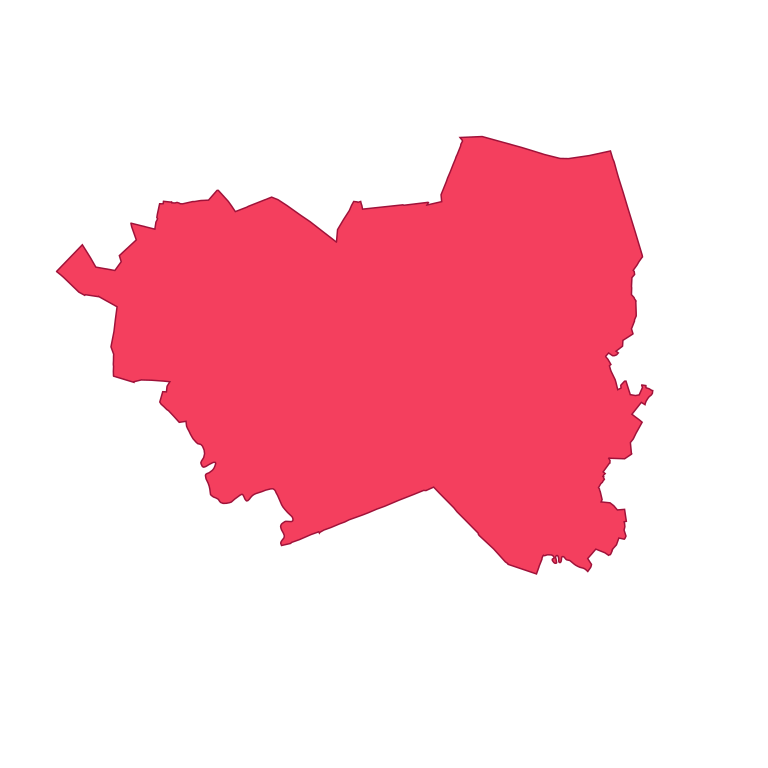 outline of Rikavas pag., Rezeknes, Latvia, rotated 344°
{"feature_id": "27541924B46765973494104", "entity_name": "Rikavas pag.", "entity_type": "district", "adm_level": 2, "iso_a3": "LVA", "parent_name": "Latvia", "parent_adm1": "Rezeknes", "projection": "albers", "projection_center": [27.008, 56.629], "detail": "fine", "context": "isolated", "style": "filled", "palette": "rose", "viewbox_px": 768, "rotation_deg": 344, "n_neighbors": 0, "source": "geoboundaries", "source_scale": "gbopen_adm2", "svg_char_len": 6111}
<svg xmlns="http://www.w3.org/2000/svg" viewBox="0 0 768 768"><g transform="rotate(344 384 384)"><path d="M100.3,185.7L103.4,190.1L105.4,193.2L116.0,211.6L120.8,216.3L121.4,215.9L121.7,215.9L133.7,221.4L133.8,221.2L148.7,236.2L143.8,247.4L138.9,259.1L132.0,272.6L131.8,273.1L132.3,280.3L132.4,280.7L131.6,283.0L130.4,287.0L129.4,289.9L129.1,291.0L128.9,292.5L127.3,297.3L126.2,301.7L126.3,302.0L144.1,313.5L144.3,312.9L152.3,313.2L152.4,313.4L161.6,316.3L172.8,320.4L178.8,322.8L175.1,326.1L174.6,326.9L172.7,331.6L169.2,330.4L163.5,339.5L164.2,342.0L166.0,344.8L168.2,348.7L169.5,350.2L173.0,357.0L176.6,364.4L183.4,365.3L182.6,370.1L182.7,371.1L182.9,372.7L183.5,375.3L184.1,378.9L184.7,381.5L185.4,384.1L187.3,388.1L188.5,390.0L191.0,391.4L191.6,392.1L192.4,393.8L192.9,397.9L192.3,401.6L190.4,405.0L187.2,407.9L186.2,409.3L186.2,410.8L186.6,413.1L187.4,414.1L188.7,414.3L190.4,414.1L193.5,413.2L198.2,412.3L200.0,412.7L200.3,413.2L200.3,414.1L199.1,415.9L197.8,417.6L196.5,418.8L195.1,419.7L191.4,421.1L189.2,421.3L188.1,421.6L187.5,422.1L187.1,422.9L186.8,426.1L187.6,430.7L187.8,434.0L187.6,437.0L186.8,442.3L187.2,443.4L188.9,445.6L190.8,447.0L192.6,448.7L193.1,449.6L193.7,451.6L194.4,452.9L196.4,454.4L199.4,455.2L202.8,455.5L204.7,455.4L208.7,453.5L214.9,451.2L216.4,450.9L217.1,450.9L217.6,451.3L218.0,452.2L218.3,453.8L218.6,456.3L219.3,458.0L219.7,458.5L220.9,458.6L222.9,457.6L224.4,456.4L226.7,455.0L228.8,454.3L230.8,454.0L237.0,453.8L241.0,453.4L246.2,453.6L248.3,454.1L249.2,455.0L249.7,455.8L250.1,457.0L250.3,458.8L251.0,461.8L251.4,464.8L252.3,471.8L253.0,474.5L254.1,477.1L255.9,480.9L258.9,486.0L259.2,487.1L259.3,488.1L259.2,489.0L259.0,489.5L258.6,490.3L258.0,490.6L256.9,490.7L252.3,489.1L251.4,488.9L250.6,489.0L248.2,489.8L246.9,490.4L246.0,491.3L245.4,492.3L245.2,494.0L245.3,495.9L246.1,499.3L246.3,500.9L246.4,502.0L246.1,503.0L245.7,503.9L245.3,504.4L242.7,506.3L241.8,507.1L241.2,507.8L240.8,508.9L241.0,511.0L250.3,511.5L251.5,510.8L259.7,510.3L272.5,508.6L280.4,508.1L280.7,508.7L280.8,509.5L281.5,508.9L286.0,507.8L293.6,507.3L302.7,506.2L308.3,505.8L313.1,504.9L327.1,504.0L333.6,503.4L342.4,502.3L351.0,501.7L366.6,499.8L381.6,498.4L392.8,497.2L395.0,498.0L403.3,496.8L406.3,502.5L406.8,503.5L417.0,522.2L419.0,527.0L424.7,537.3L424.8,537.5L433.4,553.3L433.3,554.5L433.7,555.8L443.9,572.7L451.6,588.4L453.5,590.8L453.5,591.5L478.2,608.6L482.6,602.5L482.6,602.3L487.5,596.0L487.7,595.4L488.1,594.6L489.6,592.8L490.1,592.6L490.3,593.0L490.7,593.2L491.4,593.3L493.7,593.2L494.3,593.3L497.7,594.4L498.8,595.3L499.3,596.2L499.6,597.3L499.5,598.0L499.2,598.4L497.9,598.6L497.5,598.8L497.2,599.6L497.3,600.4L498.1,602.5L499.0,603.5L500.1,603.7L500.7,603.4L500.9,601.4L501.1,600.2L501.1,598.3L501.2,597.8L501.3,597.4L501.8,596.9L502.4,596.6L502.9,596.5L503.4,596.7L503.8,597.4L503.9,599.2L503.6,600.9L503.1,602.2L503.2,603.6L503.6,604.0L504.0,604.2L504.3,604.1L504.8,603.9L505.3,603.4L506.1,601.9L506.6,600.4L507.3,599.3L507.7,599.1L508.5,599.2L509.0,599.5L509.5,600.2L510.6,602.7L511.2,603.4L513.8,604.8L514.2,605.2L517.1,609.5L518.3,611.0L519.9,612.6L521.8,614.2L524.7,615.9L525.9,616.9L527.3,618.8L528.0,620.1L528.2,620.4L531.8,617.5L532.5,616.8L533.7,614.8L533.7,614.4L533.3,613.3L531.7,607.9L537.2,604.4L542.1,601.1L549.8,607.1L552.7,610.6L553.5,610.3L554.5,610.4L555.4,609.6L557.3,607.3L557.2,607.0L558.2,606.0L558.1,605.8L563.1,602.7L567.3,596.8L572.2,599.4L573.0,598.9L574.7,596.9L574.5,590.6L576.2,587.6L576.8,584.5L576.8,582.7L579.1,582.8L580.7,570.8L573.6,569.4L571.3,564.3L568.5,560.5L560.2,557.2L561.8,555.2L562.2,547.0L562.0,545.4L562.2,544.3L561.6,542.8L564.9,539.6L566.9,538.6L567.6,537.8L569.6,536.3L569.2,534.6L569.7,533.6L569.0,533.2L570.0,532.1L571.9,531.1L570.4,528.9L579.2,522.0L579.4,522.1L580.2,519.7L579.5,517.4L579.9,517.2L581.5,517.9L594.7,522.2L602.7,519.6L602.9,519.1L602.7,518.9L604.7,508.2L608.5,505.5L612.5,501.0L621.6,491.9L619.3,488.5L616.3,484.6L614.0,481.4L626.3,472.6L629.2,475.8L629.8,474.7L631.1,472.9L633.6,470.6L635.4,469.3L638.0,468.2L639.4,467.0L640.5,464.4L639.7,464.0L637.5,461.6L634.9,459.9L634.8,459.7L635.3,457.7L631.6,456.0L631.3,456.5L631.5,457.8L631.4,458.7L626.3,464.8L622.5,464.4L617.8,462.1L617.4,447.9L616.0,447.6L611.5,450.3L611.2,450.7L610.8,453.1L610.6,453.3L607.1,453.9L607.4,446.8L607.4,443.6L605.8,434.4L605.7,432.9L605.7,428.8L605.8,428.5L607.5,427.8L606.1,422.1L604.9,419.4L604.7,418.6L605.1,418.2L608.5,416.1L611.0,419.2L611.7,419.9L613.4,420.3L615.6,420.1L617.8,418.7L616.1,416.4L623.7,413.4L623.8,413.2L625.7,407.9L637.1,404.5L637.2,404.3L637.1,399.1L638.1,397.9L642.2,392.5L642.4,391.5L643.8,389.8L645.2,388.1L646.0,385.2L648.9,373.6L649.1,373.6L649.1,373.4L648.3,371.2L648.2,369.8L646.5,366.3L648.6,359.8L648.8,358.4L651.2,351.4L651.6,350.1L655.1,347.8L655.5,344.9L654.9,343.4L660.0,339.4L662.9,336.6L666.8,333.5L667.5,333.1L667.7,331.4L667.4,307.2L666.9,281.9L666.7,265.7L666.3,250.2L666.3,244.8L666.4,236.7L666.4,233.6L666.0,230.6L665.9,222.4L644.2,221.0L623.5,218.2L615.4,215.7L601.6,207.7L590.2,200.2L581.4,194.5L546.6,173.2L525.0,168.0L525.4,169.1L526.1,170.4L526.4,171.6L526.4,172.2L524.0,174.7L523.2,176.4L517.6,183.6L516.0,185.4L514.5,187.6L510.9,192.1L506.1,198.4L502.0,203.4L499.6,206.8L491.0,217.8L489.7,224.6L474.7,223.8L476.7,221.8L476.3,221.5L452.6,217.7L452.3,217.6L451.6,217.0L411.6,210.0L411.9,206.4L411.8,204.4L411.9,202.1L409.0,202.2L408.5,201.6L405.2,200.2L402.0,203.4L398.5,207.7L390.6,214.6L381.9,222.8L377.5,234.3L377.3,234.4L357.7,207.6L350.6,199.1L340.0,185.8L333.0,177.7L327.5,173.4L302.7,175.8L300.9,176.2L288.6,177.3L286.5,170.7L284.6,165.4L278.1,152.2L277.6,152.0L276.8,151.9L272.3,154.8L266.0,158.9L258.3,157.1L252.2,156.4L250.4,155.9L240.0,155.3L237.7,154.5L237.3,153.9L235.1,152.4L233.0,152.4L229.9,151.3L230.0,150.4L229.0,150.3L222.4,147.6L221.9,148.5L221.9,149.0L221.5,149.8L220.3,149.6L218.0,148.9L213.0,158.2L211.5,161.4L211.9,162.7L211.2,163.6L209.4,165.5L206.4,172.0L185.2,159.7L185.0,159.9L184.8,163.5L185.6,177.2L165.0,187.6L165.1,194.0L156.6,200.7L139.2,192.2L136.6,181.6L132.4,167.0L100.5,185.4L100.3,185.7Z" fill="#f43f5e" stroke="#9f1239" stroke-width="1.5"/></g></svg>